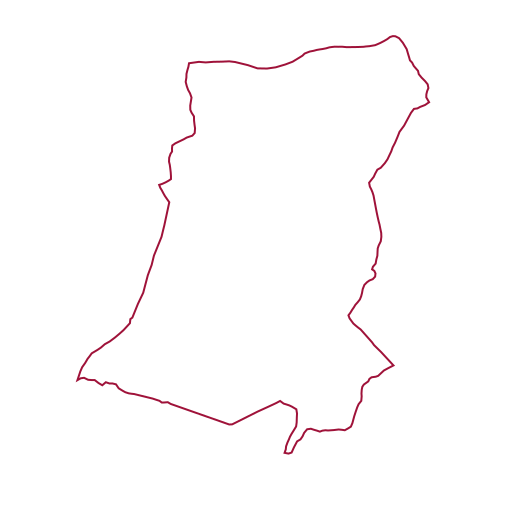 outline of Vihiga, Western, Kenya, rotated 352°
{"feature_id": "3690345B61928390686387", "entity_name": "Vihiga", "entity_type": "district", "adm_level": 2, "iso_a3": "KEN", "parent_name": "Kenya", "parent_adm1": "Western", "projection": "natural_earth1", "projection_center": [34.696, 0.032], "detail": "fine", "context": "isolated", "style": "outline", "palette": "rose", "viewbox_px": 512, "rotation_deg": 352, "n_neighbors": 0, "source": "geoboundaries", "source_scale": "gbopen_adm2", "svg_char_len": 3618}
<svg xmlns="http://www.w3.org/2000/svg" viewBox="0 0 512 512"><g transform="rotate(352 256 256)"><path d="M210.6,73.8L211.1,78.2L211.9,82.1L213.3,85.7L214.2,90.1L213.0,94.0L211.8,97.9L211.3,102.1L212.1,105.0L214.0,109.1L213.5,113.4L213.4,117.5L213.4,121.1L212.4,125.7L209.7,128.0L206.9,128.5L203.8,129.1L200.6,130.4L196.2,131.8L191.8,133.2L188.5,134.9L187.8,137.7L187.4,140.9L185.6,142.9L183.7,146.6L183.0,150.5L183.3,153.7L183.3,156.6L183.2,161.1L182.9,165.1L182.5,168.0L180.1,169.2L176.7,170.5L173.3,171.5L170.0,172.1L170.7,175.1L171.9,177.9L173.0,181.0L174.1,183.8L175.8,187.2L177.6,190.7L169.4,213.1L167.9,216.8L165.1,223.9L155.0,241.4L151.4,250.4L147.7,257.2L146.2,260.0L142.0,270.0L139.2,276.7L132.4,287.0L125.0,299.8L122.8,301.0L121.8,305.0L114.7,310.8L109.8,314.1L105.0,317.1L99.2,320.3L94.0,322.3L89.7,325.1L86.0,326.9L79.8,329.5L77.1,332.3L74.9,334.4L71.9,338.2L68.4,341.9L66.0,345.8L61.9,354.1L65.4,352.7L68.8,352.7L72.5,355.2L76.1,356.0L79.0,356.4L82.4,359.9L85.8,362.6L89.7,360.1L93.3,361.9L96.0,362.2L99.5,363.6L101.6,367.9L105.1,370.8L107.6,372.7L110.9,374.3L113.6,375.1L116.0,375.7L133.8,382.8L137.0,384.4L140.3,386.0L142.3,388.0L144.8,388.3L148.3,388.5L150.9,390.6L206.0,419.1L209.0,419.4L236.0,410.3L246.8,407.1L252.4,405.4L255.6,404.4L259.7,402.9L262.8,406.0L266.0,407.5L268.2,408.6L270.6,410.2L274.6,413.4L274.7,417.7L274.0,421.3L273.1,426.5L272.0,430.4L269.3,433.7L266.3,437.3L264.5,439.7L263.0,442.3L261.2,445.1L259.3,448.7L258.6,451.6L256.9,454.9L260.7,456.2L263.9,455.6L267.0,450.7L270.9,445.3L274.5,443.8L277.0,441.1L279.1,437.8L282.5,434.7L286.3,434.7L289.1,436.1L292.0,437.4L294.8,438.8L297.4,438.2L300.5,438.2L303.0,438.8L308.8,439.2L313.7,439.3L317.0,440.1L319.7,440.9L323.3,439.5L326.2,438.2L328.2,434.9L331.0,428.3L333.1,424.0L335.2,419.9L337.0,417.0L340.1,414.1L341.1,409.7L341.3,406.9L342.1,403.1L343.1,400.3L344.9,398.3L347.2,397.1L349.7,395.8L351.2,393.5L353.5,392.2L357.8,392.2L360.3,391.7L364.0,389.1L366.7,387.2L371.2,385.5L376.9,383.5L366.5,368.5L360.5,360.7L358.9,357.6L349.4,343.3L347.0,340.9L344.8,338.5L343.0,336.4L341.6,333.8L340.0,330.8L339.3,327.6L341.4,325.5L343.7,322.7L345.8,320.4L347.6,318.2L350.2,316.0L352.8,313.5L354.5,310.6L355.8,307.5L357.1,303.6L359.3,299.7L362.3,297.4L365.0,296.0L368.4,295.2L371.1,293.0L371.9,289.9L371.1,287.2L369.1,285.4L370.3,282.9L373.4,280.2L374.7,276.2L376.2,272.7L377.0,268.4L377.6,265.4L379.0,262.6L381.6,258.8L382.8,254.5L383.2,250.6L382.9,246.0L382.7,242.1L382.3,238.9L381.9,234.3L381.6,229.8L381.4,226.1L381.2,221.5L381.0,217.1L380.8,212.5L380.2,209.0L379.4,206.0L378.4,203.1L378.2,199.2L381.2,196.3L383.6,194.0L385.5,191.0L388.2,187.4L391.8,186.0L396.5,182.0L399.7,178.5L401.9,175.1L404.5,171.2L406.4,167.5L409.4,163.3L412.4,158.3L413.9,155.7L415.4,153.0L420.8,147.5L429.4,135.8L432.9,132.3L436.4,132.3L439.3,131.2L444.4,130.0L448.8,127.8L446.7,122.6L447.2,119.6L448.4,116.6L450.1,113.7L449.9,109.9L447.8,106.4L444.8,102.4L442.5,98.6L442.2,95.2L440.5,92.6L438.7,89.8L437.5,86.2L435.7,83.7L435.3,80.7L434.8,77.6L434.0,72.1L431.1,65.3L428.0,60.2L424.6,57.8L422.1,57.3L419.2,57.8L416.2,59.5L412.8,60.9L408.8,62.3L406.0,63.1L403.4,63.8L397.5,64.0L394.0,63.8L391.6,63.8L385.8,63.2L380.2,62.5L374.4,61.7L370.6,60.8L366.2,60.2L363.2,59.7L360.5,59.6L357.7,59.6L354.3,60.1L350.6,60.3L348.0,60.3L344.9,60.4L341.7,60.8L337.8,61.0L335.1,61.6L332.3,62.3L329.9,64.1L327.4,65.2L319.3,68.7L311.8,70.4L301.8,71.9L296.2,71.9L293.0,71.9L283.6,70.4L274.6,65.9L262.3,61.0L256.6,59.5L249.2,58.8L241.0,57.8L233.1,57.3L226.5,55.8L216.5,55.8L215.4,59.2L213.9,62.5L212.5,66.0L211.9,69.6L210.6,73.8Z" fill="none" stroke="#9f1239" stroke-width="2"/></g></svg>